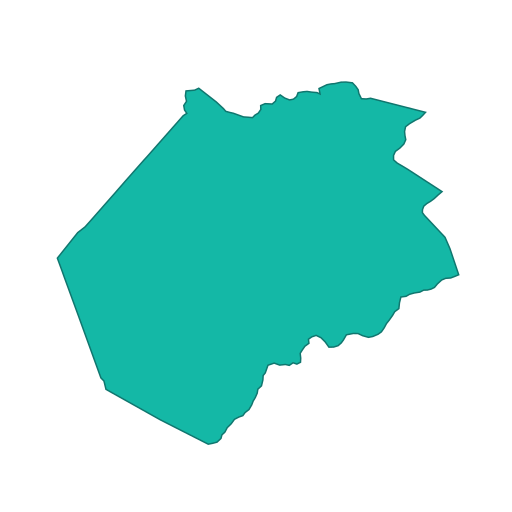 Senhor do Bonfim, Bahia, Brazil (Robinson projection), rotated 79°
{"feature_id": "56859067B69300901426109", "entity_name": "Senhor do Bonfim", "entity_type": "district", "adm_level": 2, "iso_a3": "BRA", "parent_name": "Brazil", "parent_adm1": "Bahia", "projection": "robinson", "projection_center": [-40.117, -10.481], "detail": "fine", "context": "isolated", "style": "filled", "palette": "teal", "viewbox_px": 512, "rotation_deg": 79, "n_neighbors": 0, "source": "geoboundaries", "source_scale": "gbopen_adm2", "svg_char_len": 2202}
<svg xmlns="http://www.w3.org/2000/svg" viewBox="0 0 512 512"><g transform="rotate(79 256 256)"><path d="M313.1,60.6L285.9,64.2L273.7,66.9L248.3,82.9L245.2,84.4L242.2,83.7L239.1,81.8L237.1,78.3L235.6,74.2L233.7,70.2L230.9,65.7L228.3,61.1L199.7,90.7L191.7,99.7L187.9,102.6L183.5,101.8L179.9,99.2L177.4,94.0L174.3,89.5L170.4,86.8L166.2,86.8L162.1,86.4L157.6,84.5L155.4,80.0L153.1,73.7L151.9,68.8L149.9,65.7L147.3,62.2L123.0,113.5L122.9,117.8L121.7,122.5L116.2,124.0L112.3,124.0L108.5,125.7L104.4,128.3L102.4,134.5L101.6,139.4L101.8,145.9L101.4,149.5L101.4,153.7L102.6,158.3L103.6,162.2L109.2,162.2L107.2,165.0L105.8,170.0L104.2,174.5L103.8,178.4L103.7,183.5L107.2,185.7L109.2,189.3L109.2,193.3L106.4,197.7L102.5,201.5L104.2,205.5L107.7,207.3L109.9,211.1L108.2,218.0L109.2,222.7L113.1,223.3L116.2,226.5L117.5,230.1L119.5,233.0L118.3,237.2L117.1,241.7L114.0,246.9L111.6,250.9L110.0,254.5L108.2,258.1L105.3,259.7L97.2,265.6L80.4,280.2L81.5,284.6L80.6,293.2L85.4,294.8L90.9,294.7L94.5,298.2L99.0,298.3L102.8,296.7L104.4,300.7L137.8,344.1L140.0,347.1L157.5,369.9L164.9,379.4L167.5,382.7L171.1,387.4L191.0,413.2L194.9,418.4L199.0,426.5L220.2,451.4L226.4,450.4L233.8,449.2L239.8,448.3L282.9,441.4L346.1,431.5L349.7,429.1L358.3,428.7L398.7,381.0L431.6,338.8L431.6,334.5L431.3,329.8L428.4,325.2L425.1,323.6L422.9,320.1L419.0,317.0L416.0,312.4L412.2,308.3L410.8,303.5L410.2,299.4L407.6,296.6L405.4,292.2L401.3,288.6L397.9,286.5L394.8,283.7L390.9,281.0L387.1,279.6L384.5,275.4L379.0,272.9L374.7,271.8L372.5,269.2L369.6,267.5L365.5,265.1L364.6,258.6L367.6,253.6L368.1,247.8L369.7,244.2L367.9,240.0L369.9,236.5L368.8,232.6L364.8,231.6L360.0,231.2L357.3,228.7L353.9,225.2L351.8,220.7L347.7,220.4L346.0,216.6L345.4,212.1L348.6,207.8L353.5,204.5L359.4,201.8L360.2,197.1L359.7,192.5L357.6,188.9L355.1,186.2L350.6,182.3L350.6,175.3L351.6,170.6L354.6,166.5L357.3,161.1L357.3,156.7L356.1,151.1L354.4,147.4L351.0,143.9L347.2,140.8L344.4,137.5L340.3,133.2L337.1,130.4L334.9,125.8L329.3,124.1L323.9,121.6L324.2,116.4L322.9,112.7L322.5,107.7L322.7,102.0L321.5,97.9L322.1,94.4L321.9,90.5L320.9,86.8L318.1,83.4L315.0,78.4L314.1,74.1L314.7,69.1L314.0,65.0L313.1,60.6Z" fill="#14b8a6" stroke="#0f766e" stroke-width="1.5"/></g></svg>